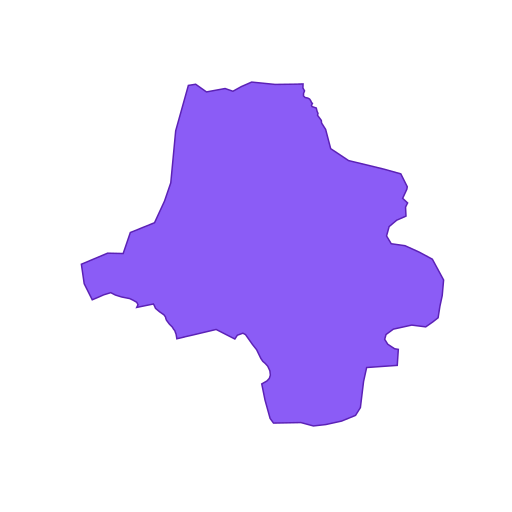 Tenenkou, Mopti, Mali, rotated 73°
{"feature_id": "8926073B19754802458169", "entity_name": "Tenenkou", "entity_type": "district", "adm_level": 2, "iso_a3": "MLI", "parent_name": "Mali", "parent_adm1": "Mopti", "projection": "albers", "projection_center": [-4.939, 14.587], "detail": "fine", "context": "isolated", "style": "filled", "palette": "violet", "viewbox_px": 512, "rotation_deg": 73, "n_neighbors": 0, "source": "geoboundaries", "source_scale": "gbopen_adm2", "svg_char_len": 1804}
<svg xmlns="http://www.w3.org/2000/svg" viewBox="0 0 512 512"><g transform="rotate(73 256 256)"><path d="M329.2,300.5L326.3,297.0L326.0,291.1L328.1,289.0L339.7,285.2L345.8,282.8L348.4,282.4L352.3,281.8L355.5,281.3L358.7,280.3L361.4,278.6L364.8,277.0L369.9,276.3L374.1,277.1L376.9,279.0L378.7,282.1L380.0,287.9L396.3,289.5L415.5,290.0L420.9,288.1L428.4,261.8L435.3,250.8L437.6,238.5L438.9,222.4L437.5,207.4L431.5,200.5L407.4,189.8L395.0,182.8L401.9,152.9L386.9,147.2L385.2,150.6L378.9,155.8L373.3,157.3L369.1,154.6L366.1,146.0L367.6,127.3L373.4,114.4L370.7,106.1L368.3,99.9L357.8,94.8L348.3,89.5L333.8,83.6L310.6,88.3L300.1,98.7L289.7,110.5L283.8,123.1L275.0,125.3L266.8,120.1L262.9,111.0L261.7,100.9L253.0,98.7L250.8,96.7L249.6,95.5L243.7,98.9L238.7,94.4L236.2,92.2L234.0,91.1L219.8,93.5L210.5,108.0L191.8,139.6L175.2,153.2L155.3,152.4L148.0,154.4L145.4,153.9L139.4,156.0L137.7,155.0L135.8,155.3L132.1,155.1L129.5,158.7L128.2,158.9L126.5,157.4L125.7,158.0L123.3,158.3L121.5,158.9L120.1,160.3L119.0,162.3L118.8,162.7L116.8,163.8L115.4,163.3L114.4,163.0L112.3,161.3L109.0,162.0L106.1,161.0L105.2,160.7L104.2,164.3L104.3,164.3L97.5,187.6L88.4,209.3L89.7,220.5L91.7,229.9L86.8,236.6L84.6,255.4L74.1,263.5L73.1,270.8L112.8,296.2L161.1,316.1L176.7,327.4L194.5,343.3L196.8,369.3L214.8,382.3L209.9,397.1L212.8,425.4L232.3,428.4L250.0,425.4L249.4,419.6L249.1,417.0L248.6,413.0L248.6,405.6L252.2,401.9L255.9,396.5L259.8,389.2L262.5,386.3L265.4,383.6L268.1,383.1L270.3,385.1L271.9,368.2L272.0,368.2L273.3,367.8L276.7,367.4L281.2,364.5L285.4,361.2L287.8,360.4L289.5,360.5L291.2,360.4L295.7,358.8L299.5,356.8L301.9,356.2L303.6,355.5L305.9,355.4L307.0,355.3L307.5,355.3L309.9,355.6L312.0,355.9L312.5,348.7L312.4,348.7L313.0,340.7L314.6,315.6L329.2,300.5Z" fill="#8b5cf6" stroke="#5b21b6" stroke-width="1.5"/></g></svg>